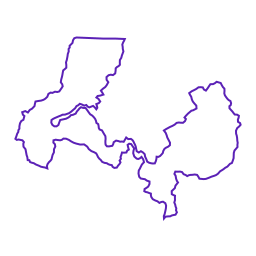 outline of Iúna, Espírito Santo, Brazil
{"feature_id": "56859067B16281611265313", "entity_name": "Iúna", "entity_type": "district", "adm_level": 2, "iso_a3": "BRA", "parent_name": "Brazil", "parent_adm1": "Espírito Santo", "projection": "mercator", "projection_center": [-41.662, -20.355], "detail": "fine", "context": "isolated", "style": "outline", "palette": "violet", "viewbox_px": 256, "rotation_deg": 0, "n_neighbors": 0, "source": "geoboundaries", "source_scale": "gbopen_adm2", "svg_char_len": 5612}
<svg xmlns="http://www.w3.org/2000/svg" viewBox="0 0 256 256"><path d="M47.3,168.4L46.9,166.2L47.5,164.2L48.9,162.2L50.3,160.9L51.5,159.4L52.0,157.3L52.6,154.9L53.9,152.4L54.0,149.2L55.3,146.5L54.9,144.2L53.4,142.6L53.5,140.3L55.7,139.7L57.4,140.0L60.2,140.3L61.9,139.8L63.4,138.6L66.1,138.7L68.9,139.9L71.0,141.3L73.6,142.7L76.3,143.6L78.4,144.1L79.9,144.5L81.6,144.5L84.1,144.4L85.7,145.5L87.3,146.7L88.8,149.1L91.4,151.1L94.3,152.3L96.2,153.4L97.2,155.2L98.0,157.0L99.3,158.7L100.7,159.9L102.2,161.9L104.6,162.9L106.8,163.2L108.3,164.2L109.9,164.8L111.8,165.1L112.6,166.8L114.3,167.9L116.8,167.6L118.0,165.7L119.6,163.9L120.5,162.3L119.6,160.6L120.9,158.8L120.5,157.1L121.3,155.0L122.0,152.5L123.8,152.7L126.4,152.5L127.2,150.6L128.8,149.6L128.2,147.5L127.6,144.9L129.2,143.7L131.2,144.1L133.0,146.8L134.2,148.5L133.5,150.7L133.2,153.2L134.3,156.5L136.6,158.6L138.2,159.0L139.9,158.3L141.5,156.9L143.2,159.3L144.0,162.2L141.9,164.5L140.8,166.7L139.8,168.8L138.8,170.4L138.5,173.5L139.2,176.8L140.8,178.5L142.9,178.9L144.9,179.2L146.8,180.6L149.5,181.5L149.5,184.0L148.2,186.6L146.1,188.1L144.6,189.0L144.3,191.2L145.8,192.0L147.4,192.3L149.1,193.0L150.9,193.6L150.9,195.5L151.4,197.2L152.8,199.2L155.3,200.5L157.5,201.3L159.4,202.9L161.2,202.0L163.0,201.7L165.3,203.2L166.1,205.6L165.9,208.3L165.3,211.2L164.6,214.2L163.8,216.1L164.0,218.5L165.5,216.7L167.9,216.4L170.3,216.3L171.7,215.5L173.3,215.1L175.5,214.7L176.9,212.3L176.0,210.3L176.3,208.3L175.6,206.6L175.2,204.6L174.3,202.5L175.0,200.1L174.9,197.9L175.0,195.7L173.3,195.0L171.8,194.2L171.7,191.1L173.4,189.5L174.8,188.2L175.5,185.6L176.8,184.0L178.0,182.5L176.9,180.9L176.1,178.7L175.6,175.7L174.4,173.9L175.3,171.6L177.8,171.7L180.1,171.6L182.1,172.1L183.6,174.2L185.7,175.0L187.2,176.1L188.9,175.2L190.5,174.9L192.6,174.8L194.7,174.5L197.1,174.9L198.3,176.6L199.4,178.7L201.4,178.9L203.6,179.1L205.9,178.9L209.1,177.7L211.4,176.7L214.2,175.8L216.0,175.1L217.9,173.8L220.1,171.3L222.1,170.1L223.6,169.1L225.2,167.8L227.4,166.6L228.5,165.4L230.0,163.8L231.9,163.0L232.7,160.9L233.6,158.2L233.7,155.6L233.8,152.9L234.5,150.5L236.0,148.8L237.5,147.0L237.4,144.9L237.7,142.8L237.3,140.7L237.1,137.8L236.7,135.5L236.1,133.7L236.0,130.7L237.2,128.1L239.2,126.4L240.6,124.8L240.1,123.1L238.0,121.8L237.9,119.5L238.6,117.8L238.9,115.8L237.2,114.7L234.7,114.5L233.5,113.0L232.4,111.5L231.2,110.2L229.5,108.3L229.4,106.2L230.7,105.1L231.1,103.2L230.4,101.0L228.7,100.1L227.3,98.7L225.9,96.8L224.9,95.3L224.3,93.4L224.5,90.8L224.4,88.6L223.0,87.2L221.8,85.2L220.7,83.0L219.0,82.5L216.6,81.8L214.9,83.2L213.1,84.1L210.4,84.2L209.2,85.9L207.7,88.2L205.9,90.6L203.9,89.5L202.8,87.4L200.8,87.2L198.5,87.3L196.2,89.0L193.7,90.3L191.8,91.2L189.2,93.1L190.0,94.8L191.2,96.7L191.9,99.5L192.8,101.5L194.4,103.5L196.3,105.6L196.5,108.5L194.6,109.5L193.1,110.3L191.4,110.7L190.0,111.9L188.1,113.5L185.9,115.8L184.5,117.5L185.9,119.0L185.0,121.1L183.0,122.8L180.6,122.7L178.8,122.5L176.6,122.9L174.7,124.6L172.4,125.9L169.9,127.0L167.9,128.1L165.9,129.2L163.9,130.5L165.7,132.9L166.7,135.4L167.3,137.5L168.6,140.0L170.0,142.7L169.9,145.2L168.1,146.7L166.0,147.7L164.5,148.8L163.3,150.9L162.8,153.0L161.7,154.3L160.1,156.0L158.3,156.9L156.6,156.7L156.4,159.0L155.8,161.2L154.8,163.4L152.5,163.5L150.8,163.2L149.0,162.7L147.2,161.6L146.4,159.4L145.1,156.6L144.7,154.2L142.9,152.4L140.9,151.2L138.8,152.5L136.7,151.2L136.2,149.0L135.7,146.5L135.0,144.7L134.1,143.0L133.4,141.4L132.4,140.0L130.9,138.9L128.2,139.1L126.2,137.5L124.9,139.8L123.7,141.8L121.9,141.5L120.1,141.7L118.5,141.1L116.1,140.6L113.7,142.2L113.2,144.2L112.3,145.8L109.0,146.4L106.9,146.3L105.6,144.7L105.4,142.9L105.4,140.9L105.6,138.9L105.4,136.2L103.7,133.4L102.0,130.4L99.6,129.5L98.8,128.0L98.6,126.0L98.2,124.1L96.4,122.9L96.0,120.9L95.2,119.0L94.0,117.4L92.3,115.6L90.2,114.3L88.7,112.3L87.4,110.4L85.6,108.0L83.2,107.9L81.0,107.2L79.4,108.5L78.4,109.8L76.9,111.4L75.7,113.6L73.0,114.8L70.8,115.2L69.8,116.5L68.2,117.6L66.1,118.7L62.5,119.5L60.2,120.0L59.2,122.6L58.4,125.0L56.6,126.3L54.3,126.3L52.4,124.9L51.3,122.7L51.5,120.0L53.1,118.9L54.9,118.0L57.0,117.1L59.1,116.2L60.7,115.6L62.5,114.7L65.1,114.6L66.7,114.0L69.0,113.2L71.0,111.8L72.7,110.3L75.1,108.3L76.5,106.1L78.3,105.2L79.8,103.8L81.9,104.5L84.2,105.6L86.3,105.0L87.7,106.6L89.3,107.4L91.0,106.7L93.1,105.9L94.8,107.4L96.3,109.3L97.3,107.8L97.0,106.1L96.3,104.1L98.8,103.1L100.2,101.5L98.4,98.8L96.4,97.5L97.6,96.0L100.2,95.6L103.4,94.6L102.4,92.8L100.9,90.6L103.1,88.6L105.2,87.1L106.6,85.3L108.3,82.2L106.6,79.8L106.5,77.1L108.6,75.2L110.8,74.7L113.0,75.1L115.2,73.4L115.6,70.8L115.7,68.3L117.0,67.0L118.6,66.1L119.9,64.8L119.8,62.3L119.9,60.0L121.3,57.8L121.9,55.4L122.6,53.6L123.4,51.4L122.8,48.9L122.7,46.9L122.3,44.6L123.2,42.3L124.1,40.7L124.8,39.0L115.6,38.6L103.3,38.6L76.5,37.5L74.3,38.2L73.0,40.3L72.5,42.9L69.6,45.8L69.7,47.5L68.6,49.0L68.7,51.5L67.8,53.9L67.5,56.3L66.8,59.9L66.0,62.4L66.3,64.9L66.3,67.7L64.7,69.2L63.2,70.4L62.8,72.4L62.4,74.8L62.0,76.7L61.2,79.6L60.8,82.3L62.2,84.2L62.7,86.3L61.8,87.8L60.6,89.5L59.3,91.4L57.4,92.0L55.0,91.7L52.4,92.9L50.6,92.6L48.4,93.9L47.3,96.8L45.3,98.7L43.5,99.8L41.1,100.6L38.2,101.0L35.5,101.5L34.9,103.9L34.5,106.1L32.0,108.7L29.8,109.9L27.9,112.5L25.3,111.1L22.2,112.2L22.9,114.7L24.4,116.0L23.4,119.8L21.3,121.0L20.0,123.3L19.4,126.3L19.4,128.7L18.4,130.2L18.3,131.9L17.2,133.7L16.3,136.5L15.4,138.8L16.8,139.9L18.5,139.5L22.4,140.3L23.9,142.1L23.3,143.8L23.5,146.7L25.5,149.2L26.6,155.1L27.3,157.1L27.7,160.1L29.3,160.2L30.1,162.1L31.8,162.7L33.8,163.2L35.9,164.5L38.9,165.7L40.9,166.7L43.2,167.2L45.0,167.5L47.3,168.4Z" fill="none" stroke="#5b21b6" stroke-width="2"/></svg>